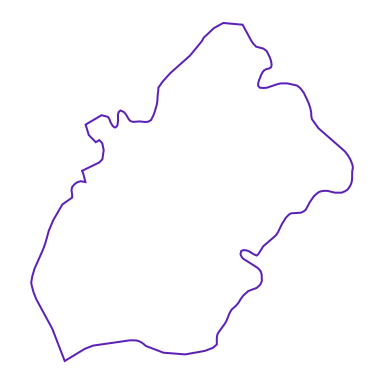 the border of Longford
{"feature_id": "IRL-731", "entity_name": "Longford", "entity_type": "County", "adm_level": 1, "iso_a3": "IRL", "parent_name": "Ireland", "parent_adm1": "", "projection": "orthographic", "projection_center": [-7.669, 53.73], "detail": "fine", "context": "isolated", "style": "outline", "palette": "violet", "viewbox_px": 384, "rotation_deg": 0, "n_neighbors": 0, "source": "natural_earth", "source_scale": "10m", "svg_char_len": 2196}
<svg xmlns="http://www.w3.org/2000/svg" viewBox="0 0 384 384"><path d="M344.8,151.3L347.8,155.2L350.4,159.5L352.3,164.5L352.7,166.1L352.8,167.4L352.8,168.6L352.4,170.0L352.2,172.2L352.1,178.8L351.7,182.0L350.7,184.8L349.4,187.1L347.7,189.4L345.1,191.2L341.5,192.7L335.0,192.7L327.6,190.9L324.5,190.8L321.5,191.2L319.0,192.0L316.3,194.0L313.6,196.6L309.7,202.3L305.9,209.5L303.8,211.3L300.9,212.7L291.1,213.3L288.8,214.7L285.9,217.7L281.8,224.3L278.0,232.2L276.7,234.2L275.4,235.8L263.2,246.3L258.4,254.1L256.7,255.5L253.8,254.3L248.8,251.2L246.1,250.3L243.4,250.1L241.1,251.2L240.5,254.2L241.5,256.7L243.3,258.8L257.5,267.8L259.5,269.7L260.9,271.9L261.7,274.7L261.8,281.3L260.2,284.7L256.7,287.9L248.3,291.0L243.3,295.5L240.6,299.2L238.6,302.6L236.1,305.6L231.8,309.4L229.8,312.6L226.2,321.4L224.7,323.9L218.3,332.7L217.2,335.1L216.8,338.3L216.8,344.5L213.0,347.8L204.8,350.9L185.2,354.4L163.5,352.7L145.7,345.9L143.9,344.2L141.7,342.6L139.2,341.3L136.2,340.4L130.1,340.3L93.0,345.6L84.9,348.8L64.7,361.0L52.3,328.8L36.1,298.9L33.4,291.8L31.8,285.8L31.2,282.7L32.2,276.7L34.5,268.8L42.7,250.3L45.2,243.7L48.8,230.7L53.2,220.3L62.3,204.5L72.2,197.5L72.1,194.1L71.5,190.2L72.1,187.1L74.3,184.4L77.3,182.2L80.9,181.2L85.4,182.1L83.3,173.9L82.1,170.8L99.2,162.5L102.4,159.2L103.7,150.2L102.3,143.3L99.3,140.1L95.8,142.2L88.8,135.1L85.6,124.6L101.6,115.2L108.0,116.9L109.5,119.3L110.4,122.0L111.8,124.5L113.0,126.3L114.8,127.5L115.9,127.2L117.4,125.4L118.0,121.3L118.0,114.4L118.8,111.9L120.5,110.5L123.7,111.9L125.8,114.2L128.8,119.3L130.6,121.2L133.4,121.9L139.3,121.4L145.4,122.0L148.3,121.7L151.1,120.0L153.5,115.1L154.8,111.5L156.7,105.0L157.3,101.7L157.7,94.8L158.2,91.3L158.4,87.7L162.7,81.5L170.3,73.1L190.0,55.6L201.8,41.2L203.7,37.7L213.9,28.1L223.2,23.0L242.6,24.7L251.2,40.6L253.2,43.6L256.2,46.7L263.4,48.6L266.7,51.1L269.7,57.1L271.1,61.2L271.6,64.8L271.1,67.3L269.0,68.5L266.4,69.1L264.1,70.3L262.4,72.5L261.1,75.0L259.0,80.4L258.2,83.2L258.2,85.9L259.8,87.7L263.6,88.0L267.0,87.7L278.2,83.9L281.2,83.4L287.4,83.4L297.2,85.6L300.4,88.3L303.7,92.6L308.3,102.2L310.2,107.7L311.2,112.5L311.3,116.0L311.9,119.1L318.4,128.2L344.8,151.3Z" fill="none" stroke="#5b21b6" stroke-width="2"/></svg>